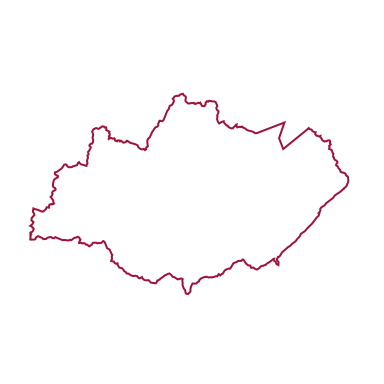 outline of Arequipa, Arequipa, Peru, rotated 200°
{"feature_id": "86281439B2261503093987", "entity_name": "Arequipa", "entity_type": "district", "adm_level": 2, "iso_a3": "PER", "parent_name": "Peru", "parent_adm1": "Arequipa", "projection": "natural_earth1", "projection_center": [-71.496, -16.361], "detail": "fine", "context": "isolated", "style": "outline", "palette": "rose", "viewbox_px": 384, "rotation_deg": 200, "n_neighbors": 0, "source": "geoboundaries", "source_scale": "gbopen_adm2", "svg_char_len": 5996}
<svg xmlns="http://www.w3.org/2000/svg" viewBox="0 0 384 384"><g transform="rotate(200 192 192)"><path d="M332.4,104.9L330.9,104.8L329.6,103.9L329.1,104.0L328.1,103.2L328.0,102.4L328.4,100.4L328.8,99.6L329.9,98.8L330.0,98.2L329.6,97.6L328.7,97.3L329.2,96.2L328.5,95.6L328.6,94.6L327.9,93.5L327.9,92.3L327.6,92.0L323.6,93.5L323.0,94.4L323.1,96.0L321.6,97.8L321.2,97.9L316.8,97.5L315.7,96.8L313.2,97.9L312.4,99.3L309.9,101.2L309.2,101.5L307.3,101.0L306.4,101.2L305.8,101.4L305.0,102.8L297.1,102.5L295.2,103.4L291.5,104.1L290.5,105.3L289.0,105.4L286.8,108.8L285.5,109.4L284.3,110.7L282.3,110.7L281.7,109.7L280.6,109.2L280.9,106.1L280.6,105.4L278.6,106.5L277.5,106.1L276.4,106.8L275.0,107.1L273.8,106.3L272.2,106.7L270.5,105.8L269.6,105.9L269.3,106.9L268.1,108.3L267.9,110.2L265.0,111.6L263.3,111.4L262.5,112.1L261.0,112.5L259.7,113.4L258.8,115.4L258.3,115.6L257.1,115.1L255.9,114.0L252.6,110.2L249.7,109.7L245.8,105.7L245.3,105.6L245.3,103.8L244.3,102.0L244.5,100.0L244.3,99.4L241.6,99.9L240.2,98.7L238.9,98.6L237.6,99.5L236.9,98.1L234.5,96.1L232.1,96.5L230.0,95.6L228.8,94.6L226.4,93.9L225.6,93.1L223.6,93.6L221.4,92.9L218.7,92.8L216.9,93.8L215.0,94.2L212.9,93.0L211.7,92.9L209.9,95.0L209.0,93.9L206.6,93.0L204.4,93.4L202.7,94.3L199.6,92.8L194.8,93.8L194.4,94.4L194.3,97.0L193.7,97.1L193.4,97.8L192.4,98.6L192.1,99.9L191.4,100.5L188.7,104.7L188.0,105.1L186.8,106.7L185.4,107.7L183.4,107.1L181.0,105.7L179.3,106.0L175.8,105.0L175.5,105.4L174.5,105.5L172.8,107.0L171.2,107.1L170.9,106.7L170.8,105.4L169.7,103.5L169.2,101.7L168.5,100.6L166.5,98.3L165.0,97.6L163.2,94.6L160.8,94.7L159.4,97.7L160.4,100.9L160.6,102.9L160.2,106.2L156.8,107.3L155.7,109.7L154.8,110.4L155.0,111.8L154.3,112.8L154.3,113.5L150.9,116.7L149.8,116.9L149.2,117.4L147.2,117.3L145.7,118.2L144.3,118.4L143.3,119.3L142.2,119.7L140.8,121.1L139.3,121.4L139.2,122.9L138.7,124.0L137.0,123.2L136.0,125.2L135.2,125.6L134.4,129.5L132.9,131.3L131.2,132.7L130.2,132.8L129.8,133.3L128.7,139.4L126.2,141.3L125.1,143.0L122.0,144.2L121.5,145.8L120.4,146.0L116.9,143.3L114.2,142.3L112.1,142.8L110.4,141.0L108.5,142.0L106.4,141.3L104.5,141.3L102.5,143.7L102.5,144.4L101.3,146.4L99.5,147.2L99.3,147.7L97.7,148.8L97.4,150.0L95.1,152.8L92.4,157.2L92.2,157.3L92.3,156.6L91.1,155.4L89.6,155.1L87.9,153.2L85.8,152.9L86.6,155.6L89.2,157.5L89.0,160.4L88.7,160.4L88.7,159.8L87.4,162.3L86.8,166.0L82.5,173.7L81.6,174.4L80.2,177.6L77.9,180.9L77.1,183.6L75.5,187.4L75.5,189.7L72.4,194.0L71.1,197.7L68.3,203.5L66.1,210.6L64.9,212.9L65.1,216.8L65.5,216.5L65.0,218.5L65.7,219.9L65.2,221.8L62.8,224.9L62.2,227.2L57.5,234.5L56.5,237.8L52.4,243.4L51.0,246.2L50.4,246.7L50.4,247.8L49.4,249.0L48.7,251.4L48.9,252.4L48.6,254.7L49.2,256.6L50.5,259.4L51.5,260.1L52.0,259.9L52.8,260.3L54.1,261.7L56.2,262.1L57.0,261.7L59.2,261.7L60.6,263.6L62.3,264.3L63.8,265.9L65.6,266.3L65.9,267.1L65.8,268.2L65.4,269.0L65.6,269.9L66.6,270.7L68.9,271.2L70.0,272.0L70.4,272.9L71.2,273.2L71.7,273.9L72.3,276.4L73.4,276.9L74.0,278.0L75.3,279.3L78.0,279.4L78.0,281.2L78.9,282.2L77.9,284.3L79.2,285.3L79.5,286.8L80.0,287.4L80.5,287.5L82.2,286.8L83.0,285.6L84.4,285.2L84.8,284.7L85.4,284.8L87.6,285.4L88.5,286.6L89.9,287.2L90.4,288.0L90.5,288.6L91.4,287.7L92.6,287.6L93.2,287.9L94.2,287.5L96.1,288.6L96.2,290.4L97.3,290.1L99.4,290.3L101.0,291.5L103.2,291.3L104.2,292.0L105.9,288.8L121.0,263.6L128.6,272.4L128.9,288.9L151.1,269.6L152.8,268.8L155.0,269.5L161.1,269.0L164.4,270.0L165.5,269.9L167.3,270.6L167.6,270.4L167.2,270.1L168.5,269.6L169.5,269.6L171.5,268.2L173.0,269.4L173.2,270.7L173.6,270.3L173.8,269.1L174.9,267.5L175.4,265.8L176.8,265.2L180.0,265.5L180.4,266.1L181.3,266.6L182.3,266.3L186.0,268.4L186.4,269.3L187.8,268.3L189.9,265.7L191.7,266.9L193.5,269.2L193.8,271.7L194.5,272.3L194.4,275.9L194.8,277.1L196.3,277.5L197.5,278.6L198.0,279.6L197.6,281.2L198.5,282.7L199.1,283.0L200.4,284.5L201.8,284.8L204.1,283.9L205.2,284.1L206.1,283.6L207.1,283.6L207.8,282.3L209.0,282.5L209.8,280.3L209.1,278.9L209.8,276.8L212.1,276.3L214.8,278.8L215.5,277.9L216.4,278.1L218.5,276.2L219.7,275.7L220.2,276.4L220.9,276.4L225.8,273.8L228.9,275.0L229.5,275.7L230.1,279.0L231.0,279.7L232.9,280.1L234.2,281.2L236.7,279.3L237.0,278.1L239.8,276.8L241.2,275.6L241.4,274.1L242.0,273.1L240.3,271.8L240.0,270.8L240.5,267.2L242.4,265.3L242.2,261.8L243.0,259.7L243.3,250.1L244.2,248.2L246.5,248.1L246.9,247.7L247.1,244.5L246.4,243.1L247.1,241.4L248.4,240.3L249.1,238.4L249.5,236.1L249.9,235.2L250.4,229.0L251.4,227.1L251.5,224.5L249.1,219.7L250.2,218.2L249.7,216.4L250.5,215.3L251.6,216.0L252.5,215.8L252.9,215.1L254.9,214.8L257.4,215.5L259.2,217.3L262.0,217.5L266.8,217.1L270.4,218.0L270.9,217.8L271.2,216.4L273.2,214.9L276.4,215.9L277.0,214.9L278.2,215.6L279.3,215.1L279.7,214.0L280.9,214.3L281.5,213.9L282.3,214.4L282.8,215.6L283.3,215.9L284.8,215.0L287.0,215.1L288.3,213.3L288.5,213.5L288.2,214.7L289.3,216.0L288.7,216.8L289.1,218.5L290.1,219.0L290.2,220.5L293.7,220.8L294.3,222.6L295.0,223.4L296.2,222.7L297.2,223.4L298.7,223.0L301.4,219.3L304.0,219.3L306.0,217.3L306.5,214.6L304.5,212.2L304.1,210.2L304.2,209.3L302.5,206.8L302.1,205.1L302.3,203.4L303.6,202.8L304.4,200.9L304.2,200.3L302.5,199.6L302.3,198.9L302.7,195.8L303.4,194.0L302.1,192.2L302.7,190.4L301.6,188.9L301.3,185.4L300.1,183.4L300.3,181.3L300.1,180.4L305.8,180.1L306.9,180.4L308.4,181.4L309.0,180.5L309.2,177.9L312.8,175.3L313.1,174.6L313.8,174.1L316.5,173.1L318.1,173.7L319.2,174.7L320.6,174.6L321.4,173.9L322.3,170.3L323.1,168.7L325.8,164.8L327.6,163.5L327.0,162.0L324.7,161.2L323.7,161.4L323.2,161.0L323.3,159.5L324.9,157.9L325.7,156.6L325.8,154.6L325.3,151.8L324.6,149.8L323.4,149.0L321.8,148.8L321.0,147.7L321.2,147.1L323.1,144.8L323.2,143.3L322.3,142.4L322.3,142.0L322.4,140.5L323.2,139.1L319.6,136.7L318.8,135.0L317.7,134.0L318.7,132.7L319.3,132.4L319.8,132.8L321.7,131.3L321.1,128.3L323.3,128.0L323.5,125.7L325.3,122.6L326.7,122.3L331.7,122.5L333.8,122.1L335.4,122.3L334.8,119.1L332.7,117.4L332.2,116.6L333.6,113.2L333.6,112.0L333.1,110.4L330.7,109.6L330.9,107.3L332.4,104.9Z" fill="none" stroke="#9f1239" stroke-width="2"/></g></svg>